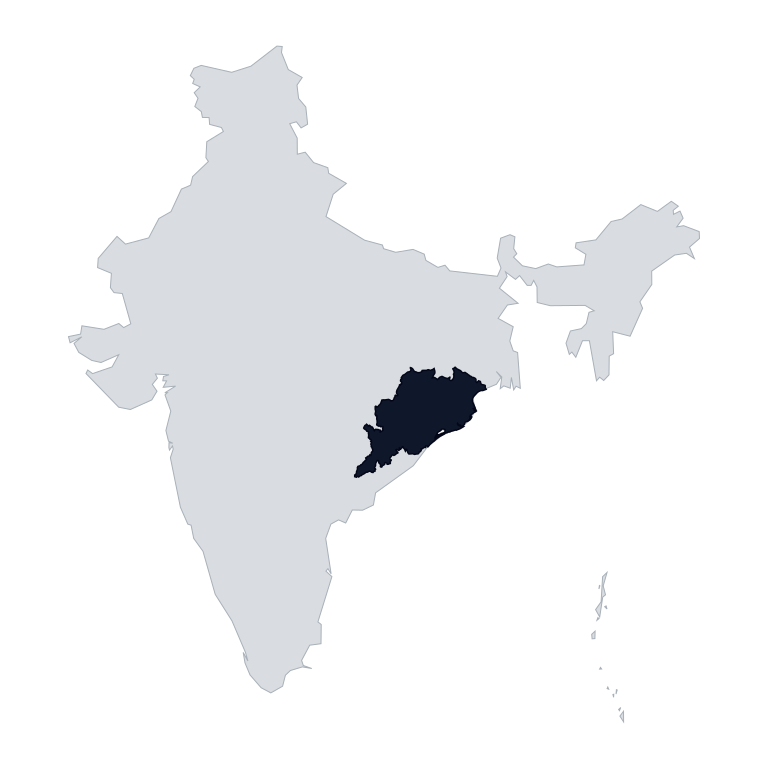 Odisha on a map of India (Mercator projection)
{"feature_id": "IND-2444", "entity_name": "Odisha", "entity_type": "State", "adm_level": 1, "iso_a3": "IND", "parent_name": "India", "parent_adm1": "", "projection": "mercator", "projection_center": [83.889, 20.172], "detail": "fine", "context": "in_parent", "style": "filled", "palette": "ink", "viewbox_px": 768, "rotation_deg": 0, "n_neighbors": 0, "source": "natural_earth", "source_scale": "10m", "svg_char_len": 9762}
<svg xmlns="http://www.w3.org/2000/svg" viewBox="0 0 768 768"><path d="M68.5,336.6L80.6,334.1L81.9,325.8L104.0,329.3L118.8,323.5L123.7,327.6L130.8,323.8L122.3,293.5L114.0,292.6L110.4,287.7L111.4,273.3L97.6,267.6L98.2,258.4L117.0,236.4L125.5,244.1L148.7,237.9L158.9,218.5L171.0,211.6L181.4,189.1L190.6,185.2L192.6,176.6L208.4,161.5L205.9,157.7L206.8,141.7L223.4,131.5L221.4,127.5L209.6,124.4L209.1,117.6L202.4,117.4L201.3,111.6L194.8,106.5L198.0,98.3L194.2,92.7L200.2,86.9L192.7,83.5L194.2,79.3L190.3,75.6L193.9,68.3L201.2,65.4L231.7,72.3L250.9,66.2L276.9,46.1L282.2,46.5L281.5,52.6L288.3,69.6L302.2,77.5L297.0,85.1L298.6,98.5L305.8,107.0L307.6,124.2L301.1,127.9L296.4,121.8L289.7,123.7L297.2,138.1L297.3,154.2L305.2,152.2L313.6,162.6L327.8,167.7L328.7,173.3L346.4,183.4L333.2,194.2L326.0,216.6L364.6,240.2L382.4,245.0L383.6,248.7L395.7,252.3L413.0,249.4L424.2,254.1L425.9,260.4L437.9,267.4L445.0,265.2L449.8,270.9L497.4,276.3L501.0,268.0L497.2,258.1L500.6,238.2L510.0,234.7L514.9,236.8L513.7,248.7L516.8,253.7L513.5,257.1L522.4,265.8L535.7,268.6L548.3,264.0L556.8,266.9L584.0,264.9L585.9,254.3L575.3,247.8L576.1,242.8L595.9,239.9L611.1,221.5L622.1,219.0L640.8,204.6L657.4,211.4L671.3,201.3L678.3,206.2L673.2,210.3L673.5,214.3L680.0,211.1L683.1,218.2L676.7,226.9L683.6,225.7L699.2,231.6L699.5,238.5L689.5,247.1L694.4,258.6L686.4,253.3L674.7,255.0L651.7,271.1L651.8,284.5L639.9,301.8L642.6,308.3L630.1,336.2L612.7,331.7L613.6,353.7L609.2,356.1L609.0,374.9L603.7,380.5L599.7,377.2L596.5,380.8L589.4,340.7L582.5,340.7L575.8,357.3L571.9,352.1L569.3,354.4L566.0,343.2L570.4,331.0L581.4,328.6L586.3,323.6L589.0,312.3L594.2,310.8L585.1,305.4L550.3,305.7L537.2,302.5L537.0,286.9L533.7,280.4L531.1,285.4L527.2,285.4L519.6,275.6L515.5,279.4L505.5,271.9L507.1,276.6L499.4,288.2L518.1,303.3L507.4,305.0L498.1,318.4L513.2,326.7L509.8,341.0L513.2,350.8L517.6,352.5L520.3,388.3L516.1,386.2L513.7,389.9L511.4,377.4L510.2,388.2L503.8,385.9L500.2,388.7L501.8,377.0L496.3,371.5L501.0,377.4L496.4,384.3L478.1,391.9L472.9,398.0L475.4,410.4L470.5,419.4L462.4,426.4L459.6,425.4L459.0,429.0L445.1,433.7L443.6,429.2L438.0,432.2L436.6,435.9L442.2,435.2L427.7,446.7L413.3,465.7L375.6,492.8L373.4,505.0L362.6,510.2L352.3,510.0L345.7,523.0L338.5,519.9L330.9,524.1L325.7,538.4L331.1,573.8L327.9,568.7L325.9,571.1L331.9,576.6L317.9,621.9L321.2,624.5L321.0,643.7L309.7,645.2L301.6,660.4L303.3,665.5L311.8,668.5L302.4,666.9L290.4,670.5L285.4,675.2L282.6,686.2L270.8,692.9L261.1,687.7L250.0,674.9L245.0,662.9L243.2,652.4L247.9,661.0L245.5,652.5L232.0,620.9L215.2,594.3L203.0,551.3L193.7,538.4L191.1,525.2L187.8,524.1L180.4,507.2L170.4,457.7L173.2,449.1L172.5,446.0L169.5,450.1L168.9,447.7L169.0,442.7L172.8,443.2L168.5,441.2L165.9,430.5L170.8,411.1L165.0,394.9L167.4,392.6L164.8,392.8L175.6,386.1L163.2,387.3L166.6,380.9L162.8,380.8L163.5,376.5L169.0,374.8L155.4,374.0L157.4,378.2L152.3,384.4L157.0,391.2L151.8,399.9L130.4,409.5L118.7,407.2L86.0,373.5L87.7,370.0L92.6,373.6L112.1,366.9L118.8,354.7L101.0,362.5L91.7,360.4L78.8,352.4L74.0,343.4L81.8,336.8L70.1,342.8L68.5,336.6ZM599.7,617.0L595.6,609.6L601.1,601.8L602.6,576.7L607.0,572.5L603.2,585.9L605.5,594.8L602.7,597.1L599.7,617.0ZM623.5,711.3L623.6,721.9L619.9,716.1L623.5,711.3ZM594.9,638.6L592.1,638.8L591.7,634.3L595.1,631.1L594.9,638.6ZM613.8,694.2L613.6,697.3L612.9,694.5L613.8,694.2ZM617.2,690.0L616.0,694.1L616.4,689.7L617.2,690.0ZM620.7,707.5L619.5,710.7L618.6,709.5L620.7,707.5ZM601.6,669.0L599.6,669.1L600.5,667.4L601.6,669.0ZM599.0,618.6L596.9,620.3L597.9,617.6L599.0,618.6ZM606.1,605.9L607.0,609.0L604.7,606.7L606.1,605.9ZM608.7,689.2L607.1,688.6L607.8,687.0L608.7,689.2ZM599.9,585.8L598.9,589.0L599.4,585.5L599.9,585.8Z" fill="#d9dde1" stroke="#a8b0b8" stroke-width="1"/><path d="M486.2,389.3L483.3,390.4L482.3,390.6L481.5,390.5L480.3,390.7L478.4,391.7L477.3,392.5L474.1,395.9L473.0,397.6L472.4,399.4L472.5,401.6L475.2,408.0L474.9,408.6L474.1,408.4L473.3,408.6L473.5,409.0L474.0,409.1L475.6,409.2L475.9,409.8L475.9,410.2L475.7,410.3L475.1,410.1L474.6,410.5L475.6,410.8L475.8,411.1L476.9,410.5L476.0,411.4L475.4,411.9L474.3,412.3L470.5,415.3L470.0,416.6L469.9,418.1L470.9,417.4L471.3,417.6L471.5,416.5L471.8,417.0L470.9,418.7L469.3,419.8L469.5,420.0L470.6,419.3L467.9,421.2L465.4,422.0L465.0,422.4L464.4,424.4L462.8,426.1L463.0,426.5L463.5,426.6L462.9,427.0L461.8,426.4L460.2,425.0L458.8,425.1L458.0,424.2L457.8,423.5L457.6,423.3L457.4,423.8L457.9,424.9L459.3,425.8L460.5,426.0L461.1,426.9L462.3,427.4L460.1,428.7L456.2,430.2L455.5,429.9L455.0,430.2L451.0,431.3L449.7,432.0L448.5,432.0L446.2,433.1L446.5,432.8L445.9,432.8L444.5,433.7L442.5,434.3L442.3,433.7L442.0,433.7L441.9,433.4L444.0,432.6L443.8,433.2L445.1,432.4L444.8,432.2L445.0,431.8L445.0,429.5L443.0,428.9L442.2,429.0L439.6,431.3L438.5,431.7L437.4,432.7L437.1,433.3L437.1,433.9L436.8,434.2L436.5,434.9L435.7,435.9L435.7,436.2L435.9,436.7L435.3,437.0L434.9,437.4L435.0,437.9L435.3,437.6L435.4,437.9L435.3,438.6L435.9,438.1L437.1,437.7L437.0,436.8L437.3,437.0L437.7,436.8L436.8,436.4L436.8,436.2L437.3,436.2L438.0,435.6L437.7,435.0L438.0,434.5L439.3,434.8L440.2,434.0L440.9,434.0L441.1,433.7L441.4,434.1L441.4,434.7L441.0,435.0L440.8,435.4L439.9,435.9L439.7,435.4L439.3,435.9L438.9,435.8L439.2,436.1L439.2,436.4L439.8,436.3L445.1,433.7L439.9,436.4L436.6,438.7L434.2,441.0L432.6,442.1L429.9,444.5L428.1,446.8L427.9,446.9L427.5,446.0L426.1,445.9L425.8,446.0L425.9,447.0L425.5,447.5L424.9,447.2L423.3,448.0L422.4,448.8L421.2,448.8L421.3,449.5L421.1,450.0L421.2,450.5L421.0,450.8L420.3,451.7L419.5,451.8L418.6,453.5L417.9,453.9L416.5,454.0L414.5,454.4L412.6,453.7L411.0,453.9L408.9,454.0L408.5,453.6L407.9,452.7L406.7,449.5L406.1,449.3L405.6,449.5L405.5,450.0L405.7,450.7L405.4,451.2L404.6,449.3L403.4,447.8L402.7,446.6L402.3,446.6L402.0,447.7L401.1,448.4L400.6,449.3L400.3,449.3L400.0,448.4L399.4,447.9L399.3,448.1L399.5,449.1L399.1,449.5L399.3,449.8L399.1,450.3L398.6,450.4L396.8,449.4L395.9,449.7L395.9,450.1L396.5,451.1L396.9,451.7L397.5,451.9L397.9,452.5L397.9,452.9L396.5,453.6L395.0,454.9L393.8,455.4L392.7,454.9L392.1,455.1L390.8,456.9L390.0,457.7L389.9,459.0L390.4,460.0L391.1,459.9L391.2,460.4L390.1,461.8L390.0,462.1L390.4,462.8L390.3,463.5L390.1,463.6L389.4,463.7L388.4,464.2L387.3,464.3L387.0,464.1L387.0,463.3L386.8,463.0L385.4,462.5L385.0,462.6L384.6,462.9L384.8,463.9L384.5,464.5L382.3,465.8L381.9,466.9L381.5,467.1L380.6,466.9L380.4,466.6L380.4,465.9L380.7,464.9L380.4,464.4L379.2,463.3L378.8,462.7L378.6,460.7L377.3,460.5L376.6,461.7L375.8,462.8L375.7,464.0L375.4,465.0L375.6,465.7L374.5,467.7L374.5,468.1L375.4,468.8L375.6,469.2L374.9,469.8L375.1,470.8L374.9,471.3L373.8,471.4L373.0,472.5L371.7,472.3L370.6,471.5L369.8,471.2L368.7,471.4L367.7,472.1L366.1,472.3L364.0,473.8L362.1,474.7L361.4,475.5L360.3,475.7L358.7,477.0L357.2,476.3L356.5,477.2L354.7,476.7L354.7,475.0L355.0,474.9L355.4,475.1L355.8,475.1L355.9,474.0L356.4,473.3L356.6,471.2L357.1,470.4L357.5,468.7L357.3,467.8L357.9,466.4L360.1,465.7L360.8,464.8L362.0,464.4L363.3,462.4L364.4,461.5L365.4,460.3L366.6,459.4L366.5,458.8L365.8,458.3L365.7,457.9L366.5,457.5L367.6,456.4L369.3,455.9L369.9,454.8L370.8,455.3L371.1,454.3L371.4,452.4L371.8,451.9L372.5,451.5L372.7,451.0L372.6,449.2L372.1,448.2L372.0,447.4L371.2,446.7L371.4,445.7L370.9,444.4L371.0,443.6L371.5,442.3L370.7,441.4L371.4,440.7L371.4,440.3L371.0,439.8L370.1,439.5L369.5,438.3L368.6,438.0L368.4,437.7L368.7,434.9L368.4,433.6L368.6,431.9L368.2,431.6L366.9,431.3L366.2,430.1L364.2,428.8L363.7,428.1L363.9,427.4L364.9,425.5L365.6,425.2L366.6,424.2L368.0,425.6L368.3,426.3L368.8,426.2L369.2,425.4L369.5,425.3L371.0,426.5L371.3,427.1L372.2,427.0L372.5,427.2L374.1,430.4L374.4,430.7L375.2,429.5L375.6,429.3L378.1,429.5L379.2,430.0L380.3,430.2L380.2,431.9L380.6,431.9L383.1,430.2L383.2,429.9L382.6,429.0L382.9,427.3L382.8,426.6L381.9,426.5L381.0,426.9L380.0,426.1L378.5,426.1L376.8,425.0L376.7,424.4L377.2,422.6L377.0,419.8L376.7,419.1L376.9,416.2L376.8,415.9L376.5,416.1L376.2,416.0L376.0,415.0L375.8,414.9L375.5,415.1L375.1,414.1L375.7,411.2L375.2,409.3L375.2,406.6L375.6,406.2L376.3,406.4L376.5,406.5L376.5,407.1L376.8,407.3L377.8,406.8L378.9,405.3L379.9,404.6L380.9,402.9L381.3,401.6L381.7,401.1L381.7,400.2L382.0,400.0L384.1,399.8L384.9,400.1L385.6,399.8L388.6,399.4L390.3,400.2L390.9,400.8L392.5,400.7L393.2,400.3L393.7,399.5L394.3,397.7L395.0,396.8L395.0,395.8L395.4,395.2L395.9,395.2L397.2,395.7L397.6,395.6L397.8,395.2L397.7,394.5L396.6,393.2L396.5,391.9L397.0,390.1L399.3,386.1L399.5,384.9L399.9,384.7L400.5,385.0L400.7,384.2L401.5,384.1L401.6,383.7L401.5,383.2L401.7,382.0L400.7,381.3L400.5,380.9L400.7,379.6L401.8,378.9L401.7,378.5L401.2,377.9L401.3,377.6L402.9,375.3L405.0,374.3L407.6,372.1L409.6,371.7L410.1,371.4L410.8,370.5L411.0,370.0L410.8,369.0L410.3,368.0L410.4,367.6L411.2,367.8L412.5,368.6L414.2,371.2L414.9,371.7L416.0,371.9L417.8,372.7L420.1,372.5L421.8,371.6L422.0,370.7L422.2,370.4L426.9,370.3L427.7,369.8L428.4,369.7L430.7,370.4L431.5,369.9L432.4,369.7L434.1,368.5L434.8,371.1L434.9,372.5L434.7,373.5L433.5,375.2L432.4,377.8L433.8,377.4L434.8,377.6L436.7,378.9L437.4,379.6L439.7,377.3L441.5,376.5L442.4,376.5L444.6,377.7L447.4,378.5L448.8,377.9L449.8,377.2L450.0,377.8L449.5,378.6L449.5,379.7L449.6,380.0L450.7,380.6L451.6,380.3L452.5,379.7L453.7,377.8L453.7,377.1L454.0,375.9L453.5,374.5L453.5,374.1L454.1,373.2L454.1,372.4L453.9,370.7L453.0,369.3L452.9,368.6L454.2,368.1L454.7,367.4L455.4,367.3L456.5,368.6L460.6,370.7L462.2,372.5L463.0,372.8L465.0,372.4L467.3,373.9L468.3,374.8L469.1,375.2L469.5,375.8L470.9,376.3L472.3,377.4L473.6,377.5L475.3,378.4L475.9,379.2L476.0,380.1L475.8,381.3L476.6,382.4L477.2,382.4L477.4,381.9L478.0,381.6L478.5,380.8L480.0,381.3L480.4,381.6L480.8,383.4L481.4,384.4L484.8,385.2L485.1,385.5L485.3,385.8L485.2,387.5L486.2,389.3Z" fill="#0f172a" stroke="#020617" stroke-width="1.5"/></svg>